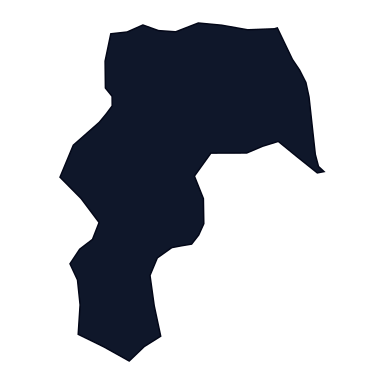 the border of Dəvəçi
{"feature_id": "AZE-1701", "entity_name": "Dəvəçi", "entity_type": "District", "adm_level": 1, "iso_a3": "AZE", "parent_name": "Azerbaijan", "parent_adm1": "", "projection": "orthographic", "projection_center": [48.885, 41.11], "detail": "fine", "context": "isolated", "style": "filled", "palette": "ink", "viewbox_px": 384, "rotation_deg": 0, "n_neighbors": 0, "source": "natural_earth", "source_scale": "10m", "svg_char_len": 751}
<svg xmlns="http://www.w3.org/2000/svg" viewBox="0 0 384 384"><path d="M277.3,27.9L292.4,59.4L299.6,70.1L305.9,82.5L309.0,96.9L315.3,154.4L318.5,166.5L324.0,171.6L317.3,172.9L297.4,157.0L278.3,141.4L262.4,146.3L246.7,153.0L210.9,153.1L194.4,176.1L203.4,198.6L203.8,223.7L198.7,235.0L191.6,244.1L181.3,245.8L171.8,247.6L157.3,257.9L150.0,275.4L154.2,305.7L160.7,336.2L144.2,346.6L129.2,361.0L103.9,346.9L78.2,334.3L80.1,304.9L77.5,279.9L70.0,263.8L79.7,249.2L92.5,239.4L99.1,222.5L81.1,198.5L60.0,177.2L73.3,145.2L99.3,122.3L106.0,114.2L112.2,105.9L112.1,96.3L105.4,88.0L105.1,61.1L110.8,33.8L127.1,32.0L142.9,25.0L158.5,30.6L175.7,31.8L198.3,23.0L221.7,25.2L247.7,29.8L274.4,28.8L277.3,27.9Z" fill="#0f172a" stroke="#020617" stroke-width="1.5"/></svg>